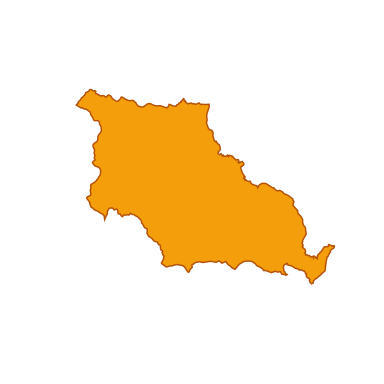 outline of Pasto, Nariño, Colombia, rotated 149°
{"feature_id": "7082276B828212266438", "entity_name": "Pasto", "entity_type": "district", "adm_level": 2, "iso_a3": "COL", "parent_name": "Colombia", "parent_adm1": "Nariño", "projection": "mercator", "projection_center": [-77.263, 1.088], "detail": "fine", "context": "isolated", "style": "filled", "palette": "amber", "viewbox_px": 384, "rotation_deg": 149, "n_neighbors": 0, "source": "geoboundaries", "source_scale": "gbopen_adm2", "svg_char_len": 6048}
<svg xmlns="http://www.w3.org/2000/svg" viewBox="0 0 384 384"><g transform="rotate(149 192 192)"><path d="M168.7,86.1L165.4,81.9L161.3,81.2L160.0,79.3L157.2,78.2L157.3,75.3L155.5,73.8L154.4,72.4L153.7,72.1L152.9,72.3L153.7,73.6L153.6,76.1L154.0,76.8L152.3,80.7L150.7,82.0L147.3,82.0L147.1,81.6L147.8,80.5L145.1,77.8L143.8,75.9L142.9,73.7L140.6,71.2L140.2,69.7L138.9,69.2L137.8,68.2L137.2,66.9L136.7,66.7L136.4,66.0L136.3,64.2L136.7,63.8L136.7,63.1L136.1,62.6L136.9,61.8L137.4,60.2L137.2,59.1L136.5,58.2L136.1,56.2L137.1,55.5L137.0,54.8L137.3,54.2L136.8,51.7L136.2,51.9L135.1,51.5L133.8,53.1L131.9,53.8L128.2,54.0L126.8,54.6L125.8,54.3L124.9,54.8L124.0,54.7L123.0,55.3L118.8,55.8L117.4,57.3L116.8,58.4L115.8,59.4L115.5,60.4L114.9,60.5L114.3,61.7L113.7,62.0L112.5,63.7L109.5,66.8L109.0,66.6L108.4,66.9L105.4,68.9L104.1,69.3L103.8,70.1L102.9,70.8L99.0,71.0L97.7,72.3L98.1,73.0L98.8,73.4L99.3,73.0L99.6,73.2L101.6,76.5L102.0,76.5L103.1,75.3L104.4,75.6L107.0,76.8L111.9,74.4L113.1,74.4L113.8,73.8L115.9,73.6L117.3,72.7L118.9,70.4L119.3,72.0L119.9,72.1L119.8,73.4L120.1,74.0L119.8,74.3L121.2,73.8L121.7,73.3L121.4,74.6L123.7,75.0L124.0,77.0L125.5,77.9L125.7,78.8L126.9,79.2L126.3,81.1L126.7,81.8L125.3,82.5L124.9,83.5L124.7,84.7L125.8,88.0L124.2,89.0L124.1,90.8L123.7,91.7L122.6,92.5L122.1,93.6L115.8,97.1L113.2,103.1L113.5,106.6L112.6,109.5L111.5,111.0L111.2,112.2L111.3,115.8L111.9,117.4L112.0,119.4L111.8,120.7L111.0,121.5L112.3,128.2L111.8,129.3L109.5,131.4L109.8,132.8L109.2,134.1L111.2,139.3L113.9,143.1L114.6,146.0L116.1,148.3L117.6,148.5L118.9,149.9L119.4,151.1L119.7,153.4L121.1,154.6L121.8,156.5L122.8,157.8L123.1,159.0L124.5,161.4L127.4,163.3L129.8,163.4L132.2,163.0L132.9,162.1L133.5,161.8L133.3,162.6L133.7,164.6L134.8,165.5L136.6,167.9L136.7,169.1L137.0,169.7L136.5,171.1L136.9,171.5L137.9,171.7L138.9,172.7L139.6,174.9L140.4,174.8L140.3,176.8L140.6,177.2L139.4,178.2L139.1,177.2L138.7,177.6L139.1,178.4L138.8,178.8L139.0,182.5L138.0,187.3L136.8,188.4L135.8,188.2L135.2,188.7L134.1,188.5L133.1,189.2L132.9,189.8L133.3,192.3L134.0,192.2L135.3,193.0L136.2,192.5L136.9,192.7L137.2,193.9L135.9,194.5L135.6,195.4L136.0,196.2L138.0,196.9L137.8,197.3L138.7,199.6L138.6,200.5L139.3,201.3L138.9,201.7L139.2,202.2L140.7,203.9L141.5,203.8L141.5,204.4L142.3,204.6L142.5,205.2L142.8,205.0L143.0,204.1L143.5,204.7L143.4,205.2L145.1,205.4L145.9,206.1L146.3,206.6L146.3,207.3L147.3,206.9L147.5,208.0L147.1,208.9L147.2,209.7L147.8,209.9L148.9,209.5L149.9,211.0L149.7,211.9L149.1,212.5L148.7,212.5L148.5,213.1L146.4,213.4L145.4,214.7L144.6,216.8L144.4,219.1L145.1,219.7L145.2,223.2L146.1,223.2L146.4,224.5L145.3,229.1L143.2,232.3L143.7,233.3L143.3,233.8L143.5,235.1L145.1,236.5L144.9,237.0L145.1,238.7L144.1,243.4L143.5,244.6L142.0,245.7L141.0,248.3L139.3,251.0L133.5,256.1L132.1,258.3L136.3,260.6L138.0,262.0L139.2,262.3L139.6,263.0L140.1,264.7L143.2,265.1L144.3,265.8L144.7,266.6L146.5,267.7L146.9,268.7L150.4,269.9L150.7,270.7L150.7,271.8L151.2,272.5L150.9,273.4L151.4,273.5L151.5,274.6L150.9,275.8L151.3,276.4L152.1,275.7L152.9,275.8L154.1,275.1L154.9,275.4L155.2,274.6L157.5,274.9L158.3,274.3L160.4,274.5L161.2,273.9L162.4,274.2L164.3,275.9L165.5,278.0L166.5,278.9L168.6,277.3L170.3,277.1L174.8,282.3L178.5,284.3L181.1,287.3L181.7,288.6L183.2,289.9L184.7,290.4L188.7,290.1L191.2,290.5L193.8,293.2L194.4,295.7L194.1,297.2L195.4,301.0L197.6,301.9L199.9,303.6L200.5,304.9L201.5,305.9L201.8,307.4L202.8,308.5L203.1,309.4L203.7,309.8L205.8,308.6L208.8,308.1L209.6,308.4L210.5,309.3L212.1,312.9L212.2,316.0L213.5,318.2L216.7,317.7L217.7,318.6L217.9,319.9L218.4,320.4L221.1,321.5L221.5,322.8L222.3,323.4L222.7,325.0L223.8,325.9L223.6,327.0L222.8,327.5L222.6,328.2L223.1,328.9L224.6,329.4L225.4,331.5L226.9,332.5L228.8,331.5L231.8,331.9L233.8,330.4L236.7,329.7L238.3,329.6L239.7,328.6L243.0,327.8L244.7,326.5L245.6,326.5L246.5,326.0L245.7,325.0L243.9,321.3L242.5,320.6L242.2,319.3L239.8,317.1L238.2,313.0L239.0,309.6L238.7,307.4L239.2,304.4L238.6,303.1L236.9,302.3L235.6,301.2L235.4,299.6L236.2,297.9L236.4,294.6L238.1,291.2L238.7,290.6L243.3,288.7L244.6,287.4L245.2,286.1L245.9,285.3L247.4,284.3L250.5,284.1L252.2,283.6L252.8,283.0L253.5,281.4L253.7,278.6L254.7,277.0L255.8,275.9L256.6,272.9L257.6,272.3L258.4,271.2L258.3,269.6L259.2,269.2L260.7,269.2L262.0,268.7L262.1,268.3L262.2,266.6L261.6,264.0L259.3,261.4L259.0,260.7L258.9,258.2L260.3,255.7L262.2,253.6L264.4,252.8L265.7,251.8L267.7,251.4L268.6,250.8L270.0,250.5L274.2,250.5L275.2,250.1L275.8,249.3L276.5,247.5L278.4,245.8L279.9,241.9L281.1,241.4L284.3,241.7L285.5,241.0L285.0,235.7L285.7,234.4L286.3,231.2L285.3,229.0L284.9,227.0L282.7,224.2L281.8,221.9L279.9,218.8L279.6,216.8L281.0,213.4L278.0,215.6L276.3,216.5L275.4,217.4L274.7,218.8L271.5,220.6L269.7,220.1L268.1,218.7L268.2,217.2L267.9,216.6L265.7,216.4L265.2,215.9L265.4,213.7L266.3,212.4L266.4,211.4L265.9,210.7L264.9,210.1L264.9,208.0L264.4,206.7L264.0,206.6L263.0,207.3L262.3,207.4L260.1,206.0L258.7,205.7L257.9,204.7L255.8,205.5L255.0,203.8L253.4,202.5L252.8,201.0L251.2,198.4L250.9,196.4L250.2,194.7L250.5,192.6L251.1,191.1L250.8,189.8L251.0,186.4L250.7,185.4L249.4,183.5L250.2,182.0L251.9,179.8L252.0,177.0L251.8,175.8L250.4,173.3L249.8,169.5L248.4,167.8L247.3,166.9L247.8,165.3L247.6,164.0L246.8,163.1L246.8,162.6L248.3,159.2L248.4,158.3L247.6,156.9L247.9,156.0L249.0,155.5L248.9,153.8L249.4,153.3L249.0,152.3L249.2,151.1L250.2,150.4L250.9,149.2L254.8,146.9L254.5,145.2L253.1,142.3L253.3,141.8L251.8,140.6L249.5,140.2L247.0,138.9L242.9,138.0L239.3,135.1L237.6,133.3L237.0,131.5L236.8,125.8L236.2,125.0L235.2,125.2L233.6,126.6L230.8,127.2L229.6,129.5L229.1,129.8L227.8,129.4L226.5,129.7L224.8,129.6L221.6,128.4L219.0,126.0L211.8,123.1L207.4,119.3L204.6,119.1L203.7,117.8L203.0,115.6L198.7,115.0L198.8,113.4L198.2,110.4L197.5,109.6L196.7,106.1L195.1,103.7L194.6,103.7L193.9,104.4L192.9,104.1L192.1,104.7L190.2,105.1L189.6,105.6L187.3,105.8L182.8,105.7L179.3,103.9L177.1,102.3L176.2,101.2L174.6,97.8L174.5,95.6L172.9,93.4L171.0,89.6L171.1,88.0L170.8,87.4L169.9,87.3L168.7,86.1Z" fill="#f59e0b" stroke="#b45309" stroke-width="1.5"/></g></svg>